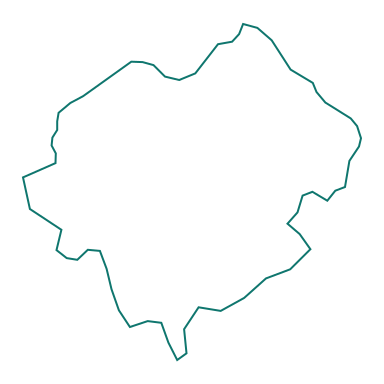 Orhei, orthographic projection
{"feature_id": "MDA-1643", "entity_name": "Orhei", "entity_type": "District", "adm_level": 1, "iso_a3": "MDA", "parent_name": "Moldova", "parent_adm1": "", "projection": "orthographic", "projection_center": [28.834, 47.401], "detail": "fine", "context": "isolated", "style": "outline", "palette": "teal", "viewbox_px": 384, "rotation_deg": 0, "n_neighbors": 0, "source": "natural_earth", "source_scale": "10m", "svg_char_len": 886}
<svg xmlns="http://www.w3.org/2000/svg" viewBox="0 0 384 384"><path d="M310.4,249.2L290.2,269.3L266.0,278.4L244.2,297.9L220.7,310.9L198.6,307.3L184.1,329.2L186.5,353.3L177.2,360.0L168.4,342.6L161.3,322.8L147.7,321.1L129.9,327.0L118.9,310.3L111.5,289.2L106.6,268.8L99.9,250.9L87.8,249.8L77.3,259.8L66.7,258.1L56.5,250.1L61.4,229.8L29.9,209.0L23.0,177.4L55.5,163.1L55.8,153.4L51.6,145.5L52.4,137.6L57.2,130.0L57.2,121.3L58.6,112.8L70.3,103.0L83.2,96.1L131.3,61.7L142.6,62.1L153.5,65.1L165.0,76.6L179.2,80.0L195.3,73.4L218.0,44.2L232.1,41.7L239.1,34.1L243.1,24.0L257.4,27.9L271.7,40.3L290.6,69.6L312.8,82.9L316.5,92.0L325.4,102.6L325.6,102.7L350.7,118.4L350.9,118.6L357.1,126.1L359.5,133.6L361.0,138.2L359.0,146.5L349.4,160.9L345.0,187.0L335.3,190.7L327.3,200.7L312.4,191.8L302.6,195.6L297.5,212.4L287.5,223.7L299.7,234.1L310.4,249.2Z" fill="none" stroke="#0f766e" stroke-width="2"/></svg>